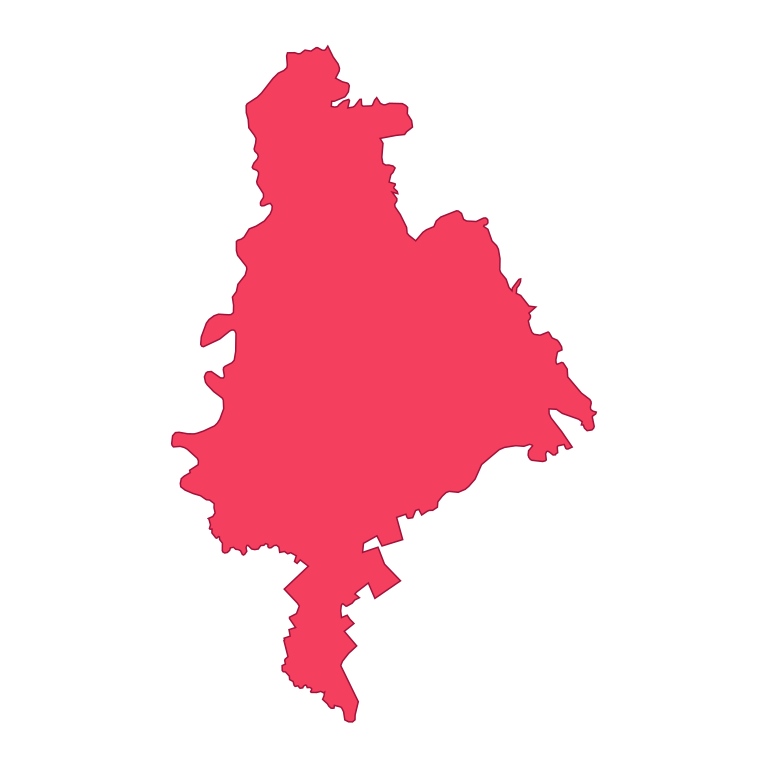 outline of Tam Duong, Vĩnh Phúc, Vietnam
{"feature_id": "81297802B22502411355715", "entity_name": "Tam Duong", "entity_type": "district", "adm_level": 2, "iso_a3": "VNM", "parent_name": "Vietnam", "parent_adm1": "Vĩnh Phúc", "projection": "robinson", "projection_center": [105.552, 21.36], "detail": "fine", "context": "isolated", "style": "filled", "palette": "rose", "viewbox_px": 768, "rotation_deg": 0, "n_neighbors": 0, "source": "geoboundaries", "source_scale": "gbopen_adm2", "svg_char_len": 6096}
<svg xmlns="http://www.w3.org/2000/svg" viewBox="0 0 768 768"><path d="M581.4,393.1L567.7,376.9L567.2,369.0L563.2,362.9L561.7,362.4L557.1,364.3L556.1,362.8L555.9,359.8L557.3,352.6L558.0,351.6L562.0,349.9L561.6,346.8L559.2,342.6L557.4,340.3L552.1,337.9L549.0,332.6L548.1,332.0L540.1,335.2L534.1,334.3L532.0,332.5L529.5,326.2L528.3,320.8L529.9,318.8L530.5,317.1L530.4,315.6L528.9,313.1L535.8,307.0L529.0,306.1L520.7,295.5L516.3,293.4L516.8,288.0L519.1,285.0L520.5,281.6L520.7,278.9L518.9,279.4L512.4,288.0L512.0,290.8L509.0,287.5L506.2,279.3L500.8,272.7L499.8,270.0L500.0,258.6L498.4,249.3L496.6,245.7L492.0,241.0L487.9,229.3L483.7,226.4L484.0,225.3L486.4,224.7L487.9,222.9L487.8,220.0L486.6,218.4L485.4,217.9L483.4,218.1L476.2,221.5L466.6,221.0L463.6,219.4L461.5,213.4L458.3,211.0L456.5,210.8L440.8,217.0L436.3,220.9L433.9,226.6L426.4,229.8L422.9,232.3L415.7,240.8L409.0,235.4L407.1,233.1L406.6,227.4L400.3,214.6L395.0,206.8L394.7,204.3L396.8,201.0L396.9,198.7L392.2,192.2L397.8,193.7L397.2,191.4L393.9,188.3L393.7,187.3L395.3,184.9L395.1,183.8L389.1,182.1L390.9,174.6L393.0,172.4L395.1,168.0L393.0,166.0L388.9,165.0L385.7,165.1L382.9,163.4L381.8,157.3L383.0,143.3L380.1,138.4L396.0,135.4L404.6,134.5L406.6,131.7L412.5,127.1L411.6,120.6L407.3,113.8L407.6,107.4L405.6,105.4L402.3,103.6L389.4,103.3L385.4,104.8L383.4,104.8L380.4,103.4L376.7,97.6L374.6,100.2L372.5,105.2L371.2,105.9L363.0,106.2L361.6,104.9L361.3,99.3L359.8,99.4L354.7,106.0L352.9,107.1L347.8,107.9L349.5,100.6L348.7,99.4L343.4,101.1L339.1,104.6L337.5,106.6L334.7,107.1L331.3,106.4L331.7,101.3L334.4,101.2L344.8,96.9L345.7,95.9L348.4,91.8L349.3,85.7L348.3,83.7L347.1,83.0L342.4,81.8L335.6,78.2L339.2,71.0L339.5,68.3L338.1,64.0L333.1,56.9L327.8,46.1L325.8,49.3L324.6,50.3L322.2,50.2L317.7,47.7L316.1,47.7L311.0,51.1L305.0,50.1L300.4,53.6L298.1,53.8L294.7,52.7L287.5,52.8L286.6,55.9L287.3,64.8L286.9,67.7L283.9,70.5L278.2,73.2L272.9,78.5L261.6,93.0L257.3,97.2L247.2,103.8L246.2,105.6L246.3,112.8L248.2,119.5L248.8,127.8L254.3,135.2L256.1,138.6L255.6,143.2L254.1,149.0L254.8,151.2L257.6,154.1L258.3,156.5L257.3,159.1L253.9,163.1L252.2,167.2L253.1,168.8L257.0,170.4L258.5,172.3L258.5,175.0L256.7,181.6L257.2,184.0L263.4,193.7L263.5,197.3L260.9,201.4L260.4,202.9L260.6,205.2L261.8,205.9L264.1,205.7L267.7,204.0L270.4,203.4L272.2,206.1L271.9,209.8L270.2,213.9L264.4,221.0L256.2,226.1L249.2,228.9L244.2,237.0L241.4,239.1L237.8,240.2L236.4,241.5L236.4,250.6L237.6,255.3L246.5,266.7L246.8,269.4L245.2,275.1L237.9,284.3L236.4,291.6L232.4,297.1L233.6,305.3L233.4,312.6L231.2,314.5L228.9,314.8L218.5,314.2L214.0,315.8L211.2,317.9L209.1,319.5L206.4,323.1L201.3,336.9L200.7,344.4L201.9,346.3L203.5,346.7L219.8,339.0L229.7,331.0L231.8,330.0L233.8,330.1L234.9,330.9L236.0,333.5L235.7,351.3L234.2,360.3L231.9,362.8L224.9,366.4L223.6,367.7L223.3,369.8L224.4,376.2L223.9,377.3L223.3,378.0L220.5,377.9L211.3,371.5L207.5,371.9L205.9,373.1L204.4,376.9L205.5,382.2L207.3,384.9L213.7,391.6L222.4,398.2L223.3,400.1L223.7,408.7L219.8,419.3L217.3,423.2L214.5,425.9L203.6,431.0L197.2,433.2L194.2,433.9L187.9,433.8L179.1,432.3L175.4,432.6L172.6,435.8L171.7,443.6L172.1,445.3L173.4,446.9L180.3,446.4L184.3,447.5L187.3,449.2L197.4,458.4L198.4,460.9L198.2,464.7L189.6,470.3L190.2,472.6L184.2,476.1L181.3,478.6L180.3,483.5L180.8,486.8L185.1,490.1L193.3,493.6L200.5,495.7L206.3,499.7L209.7,500.1L214.2,503.6L214.0,507.8L215.1,512.9L212.8,516.5L208.2,518.5L209.0,519.3L210.5,524.9L209.4,528.5L210.0,529.2L212.0,529.1L211.9,532.9L215.8,537.9L216.8,538.2L218.6,536.5L219.4,536.8L219.6,539.5L222.4,543.1L222.3,550.7L223.0,552.1L224.7,553.0L227.3,552.5L229.6,550.4L230.4,547.9L233.6,547.3L235.7,549.3L238.3,549.6L240.5,550.7L242.4,554.5L243.6,555.0L244.8,554.2L246.8,551.3L246.0,547.6L247.0,545.4L248.1,545.4L251.6,549.0L254.8,549.6L258.3,549.0L260.7,545.6L263.9,545.3L265.6,543.6L267.9,544.4L267.9,546.6L268.6,547.6L269.7,547.9L271.2,547.7L274.0,545.6L276.5,545.2L278.9,547.1L279.7,552.4L284.5,551.5L287.7,553.8L290.7,552.7L296.3,555.8L294.5,561.5L297.1,563.4L300.2,559.9L308.4,566.2L284.2,589.1L297.2,602.9L299.3,606.0L296.5,613.6L289.5,617.2L289.5,618.6L295.6,627.5L289.0,629.6L290.2,636.1L284.1,638.2L284.6,639.9L283.9,640.4L288.0,656.7L285.1,659.2L284.7,660.4L285.4,664.1L282.1,665.6L282.2,670.5L283.2,671.7L285.4,671.9L289.3,676.1L289.6,679.6L293.1,681.5L294.2,685.5L295.2,686.4L298.0,685.8L299.7,688.0L300.7,688.2L302.8,687.8L303.4,686.3L305.3,685.0L306.5,685.5L307.2,687.6L310.1,687.5L311.6,688.6L311.6,689.8L310.6,691.6L311.2,692.4L316.5,692.5L320.8,691.4L323.5,692.8L324.6,692.1L324.0,695.9L322.6,699.4L327.4,703.8L328.8,706.1L330.9,708.1L332.1,708.3L334.0,708.1L334.4,705.4L340.7,707.0L341.8,708.1L343.6,711.8L344.8,719.9L348.5,721.8L352.5,721.9L355.0,719.8L355.1,715.0L358.3,701.7L341.0,666.2L340.9,665.1L342.5,661.2L348.6,653.4L356.7,645.9L344.3,631.3L354.0,623.5L349.9,619.3L347.2,615.2L341.5,617.6L340.7,610.8L341.2,606.0L342.0,604.1L342.8,603.7L346.0,606.2L346.9,606.1L352.1,603.2L354.9,599.9L359.4,597.7L354.9,594.0L356.8,591.9L368.3,583.0L374.9,598.4L400.5,580.8L384.5,564.2L378.0,547.2L362.6,552.4L363.5,543.3L376.9,535.8L382.0,546.0L402.7,539.6L396.6,517.4L405.9,514.2L407.0,517.3L408.1,518.4L412.7,517.7L415.6,510.5L418.8,509.4L421.7,515.0L427.3,511.2L429.3,510.4L432.7,510.3L437.4,507.2L437.8,501.9L442.3,496.1L446.2,492.5L449.2,491.4L458.2,492.3L465.2,489.3L468.8,486.3L475.1,479.1L481.6,464.5L499.3,449.6L504.5,447.4L512.8,446.1L515.9,445.7L523.9,446.3L529.5,444.4L531.7,444.9L532.6,445.9L528.6,450.7L528.1,455.0L528.8,457.3L530.4,459.5L532.0,460.3L542.7,461.5L545.2,460.9L546.3,459.9L545.6,453.9L546.6,451.6L547.8,451.2L549.3,452.0L553.1,455.0L555.5,454.8L555.9,453.8L557.7,452.7L557.3,447.7L557.4,446.5L558.2,445.8L564.1,444.5L565.8,448.4L566.7,449.0L568.0,449.0L572.2,447.1L561.6,431.5L551.0,417.9L549.1,413.6L549.0,408.9L556.5,409.3L562.3,413.4L578.7,419.2L582.2,421.8L581.3,424.9L583.4,425.1L584.4,428.1L587.1,430.7L592.0,429.9L593.7,428.1L594.2,426.4L592.3,417.1L592.6,416.1L595.7,413.9L596.3,412.1L592.9,411.1L590.7,409.5L590.4,407.0L591.2,403.4L591.0,401.5L589.8,399.5L581.4,393.1Z" fill="#f43f5e" stroke="#9f1239" stroke-width="1.5"/></svg>